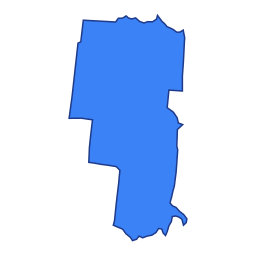 Sapiranga, Rio Grande do Sul, Brazil (Equal Earth projection)
{"feature_id": "56859067B79456883934450", "entity_name": "Sapiranga", "entity_type": "district", "adm_level": 2, "iso_a3": "BRA", "parent_name": "Brazil", "parent_adm1": "Rio Grande do Sul", "projection": "equal_earth", "projection_center": [-50.982, -29.624], "detail": "fine", "context": "isolated", "style": "filled", "palette": "blue", "viewbox_px": 256, "rotation_deg": 0, "n_neighbors": 0, "source": "geoboundaries", "source_scale": "gbopen_adm2", "svg_char_len": 1180}
<svg xmlns="http://www.w3.org/2000/svg" viewBox="0 0 256 256"><path d="M182.4,91.0L182.4,76.0L183.4,61.9L184.4,41.9L184.7,38.0L183.2,30.1L179.7,32.2L176.6,32.1L173.4,29.6L170.2,28.0L167.1,26.7L164.6,23.7L162.0,21.4L157.5,15.4L156.6,19.1L152.5,21.8L147.5,21.7L144.0,23.0L139.7,21.5L135.6,17.9L131.8,18.9L128.6,18.1L126.1,15.9L122.7,18.1L118.3,18.3L115.6,22.0L83.3,20.2L80.8,41.8L78.0,43.2L72.1,96.3L69.1,118.3L81.3,118.2L92.5,119.8L90.7,135.2L89.4,147.5L88.8,162.4L93.0,162.9L97.0,163.6L100.7,164.3L107.9,165.2L116.3,166.6L119.9,170.3L119.2,177.2L118.7,183.0L117.6,192.0L116.3,203.1L114.5,220.7L113.3,225.2L122.7,229.2L125.9,233.7L130.4,237.4L132.5,240.6L136.5,239.3L139.1,236.1L142.6,237.8L147.2,236.1L151.8,235.2L155.9,232.6L158.6,228.5L161.7,229.0L163.2,233.1L165.5,235.5L167.3,231.4L168.8,226.0L171.3,221.7L172.3,216.5L175.7,216.0L178.8,217.0L181.9,219.2L183.5,225.2L186.2,222.6L186.9,218.8L183.8,214.7L179.5,211.3L176.0,207.4L172.5,205.9L170.0,202.9L171.7,196.7L172.9,191.2L174.3,186.2L176.1,172.2L177.7,150.1L176.8,146.1L177.4,129.5L182.7,124.6L178.4,123.0L177.1,117.7L173.4,112.2L167.2,107.7L168.9,90.1L182.4,91.0Z" fill="#3b82f6" stroke="#1e3a8a" stroke-width="1.5"/></svg>